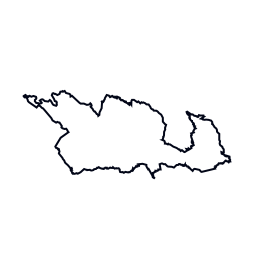 Naolinco, Veracruz, Mexico, rotated 324°
{"feature_id": "50627088B47546840295566", "entity_name": "Naolinco", "entity_type": "district", "adm_level": 2, "iso_a3": "MEX", "parent_name": "Mexico", "parent_adm1": "Veracruz", "projection": "equal_earth", "projection_center": [-96.831, 19.639], "detail": "fine", "context": "isolated", "style": "outline", "palette": "ink", "viewbox_px": 256, "rotation_deg": 324, "n_neighbors": 0, "source": "geoboundaries", "source_scale": "gbopen_adm2", "svg_char_len": 5881}
<svg xmlns="http://www.w3.org/2000/svg" viewBox="0 0 256 256"><g transform="rotate(324 128 128)"><path d="M101.6,69.1L100.0,68.8L101.0,67.0L100.6,65.9L98.4,63.2L98.5,60.8L97.0,60.5L96.8,59.8L96.0,59.9L95.5,59.3L94.6,58.9L92.6,60.2L90.2,59.8L89.3,57.7L88.8,57.5L88.1,56.0L87.3,55.7L85.6,56.7L85.2,61.2L84.6,63.2L85.6,64.4L85.5,65.3L85.2,65.4L84.0,67.5L82.9,67.8L81.3,65.6L81.1,64.7L81.5,60.6L81.2,59.4L79.0,59.7L76.4,57.2L76.0,55.1L75.4,54.3L74.0,53.9L72.8,54.0L73.1,56.8L72.7,57.1L70.9,56.5L70.2,55.3L68.5,53.8L68.4,51.6L69.2,50.6L70.8,50.4L71.5,49.9L71.9,48.7L70.3,46.5L68.2,45.9L67.3,44.1L66.2,43.8L65.8,44.3L65.3,44.2L64.9,43.9L65.0,42.9L64.3,42.6L64.6,41.4L64.5,41.0L62.4,40.8L62.2,41.1L62.4,42.5L63.3,43.0L63.8,44.3L63.5,45.9L62.9,47.4L63.0,48.8L66.1,57.7L69.3,56.8L69.2,57.7L69.9,58.8L70.1,60.9L70.8,62.2L71.0,64.3L71.8,74.9L71.4,77.5L73.0,81.4L74.4,81.5L75.1,82.8L75.8,83.3L75.6,87.5L74.5,88.4L74.8,89.7L76.1,91.5L77.6,92.3L77.6,94.0L77.3,95.5L77.4,96.4L67.8,96.3L58.3,100.3L58.1,101.7L58.8,102.4L58.9,104.3L59.6,104.1L59.7,104.3L58.7,106.8L57.2,107.8L57.1,108.3L57.4,113.7L57.1,114.6L57.3,116.8L56.8,118.7L56.8,119.6L57.5,122.7L57.8,126.4L57.6,127.0L58.9,127.2L58.7,128.0L57.6,128.2L57.8,129.1L56.8,129.0L56.8,131.3L56.4,131.5L56.4,132.3L57.0,132.4L56.9,132.9L57.9,133.7L60.0,134.4L60.2,135.2L60.7,135.5L63.7,135.9L68.4,135.4L69.5,137.1L70.1,137.5L70.1,138.0L72.6,139.4L72.8,140.2L73.7,141.1L75.4,141.7L76.4,141.4L78.0,142.3L79.7,142.0L80.0,142.5L81.3,142.5L81.8,143.9L83.1,145.7L84.2,146.3L84.0,146.6L84.3,146.9L86.3,146.7L87.5,147.7L87.0,148.3L88.1,149.3L90.3,149.5L90.6,150.1L92.1,151.3L92.8,150.9L93.3,153.0L94.9,153.6L95.1,154.1L96.8,155.1L96.9,156.7L96.4,157.2L95.8,159.0L97.1,160.2L97.9,160.5L98.1,161.6L98.7,161.9L100.0,161.9L102.1,164.1L102.9,164.2L103.4,164.8L105.6,164.5L106.1,165.2L107.0,165.3L107.4,165.0L107.3,164.3L108.3,163.5L108.3,164.4L108.6,164.6L109.4,164.2L111.1,164.2L111.7,163.7L112.2,164.4L112.9,164.7L113.4,163.9L114.7,165.1L115.3,164.5L115.2,163.5L118.7,165.5L121.2,168.6L120.4,169.7L120.2,170.9L120.0,173.3L120.6,173.3L119.7,181.0L119.1,182.4L120.0,184.6L119.9,181.9L120.6,181.1L120.4,180.7L120.6,179.8L121.4,179.7L121.8,179.0L122.5,179.4L123.6,179.1L124.5,179.6L125.1,178.7L126.7,180.0L127.8,180.0L128.1,179.4L130.0,180.7L132.3,175.9L134.4,176.5L134.9,176.9L135.6,178.3L136.9,179.1L137.4,182.2L137.9,182.9L140.6,185.1L141.9,187.0L145.5,186.5L147.2,187.5L147.9,187.1L148.8,187.6L149.3,189.1L150.1,189.4L150.4,190.3L150.8,190.4L150.8,190.6L150.3,190.9L150.7,191.4L151.2,191.6L152.7,191.0L152.1,192.0L153.2,192.4L153.2,194.1L154.1,194.6L154.2,195.4L153.8,195.9L154.4,196.4L154.4,197.6L155.1,200.7L156.9,200.0L157.9,200.2L161.2,203.9L161.4,206.2L161.8,206.8L174.6,212.1L174.7,211.3L175.1,210.7L176.0,211.1L176.3,210.4L176.9,210.9L177.7,210.3L179.6,210.7L180.0,210.1L180.7,209.9L181.6,210.7L182.1,210.8L182.4,211.5L183.4,211.6L183.5,212.4L184.4,212.6L184.6,212.3L187.8,211.7L188.0,211.8L188.1,212.7L188.9,213.4L189.3,215.0L190.3,214.7L191.1,215.2L191.5,214.2L191.0,213.8L192.0,213.5L192.0,211.7L192.7,211.8L193.3,210.8L191.5,208.4L191.0,208.9L190.4,208.2L190.5,207.3L190.0,207.1L190.1,206.3L189.8,205.7L190.1,205.0L189.9,204.1L189.0,204.4L188.7,203.9L188.9,203.3L189.4,202.4L190.1,203.5L191.3,203.9L192.9,201.5L192.9,199.2L193.3,198.5L192.5,196.2L192.9,194.6L194.7,192.7L194.8,191.3L198.4,186.4L197.9,184.1L197.9,183.3L198.9,181.6L199.1,180.3L198.5,178.0L198.7,177.3L198.6,176.0L198.9,175.0L198.4,174.2L199.6,172.8L199.6,170.9L197.9,168.7L196.1,167.1L194.8,166.4L193.7,165.3L193.9,164.9L192.6,163.4L196.3,163.5L195.9,162.8L196.3,162.2L193.9,160.5L193.0,159.3L191.6,160.2L191.2,159.4L190.6,158.9L190.4,159.2L189.7,157.8L188.8,157.1L188.3,155.0L187.4,154.5L187.0,153.6L186.6,153.7L186.4,152.8L186.6,152.7L185.5,149.6L184.8,149.5L184.3,151.1L184.4,152.6L184.8,153.3L184.8,154.6L184.3,155.1L184.4,155.4L183.8,155.7L183.9,156.5L183.7,156.8L183.4,156.6L183.3,157.1L183.5,159.5L183.9,159.9L183.6,160.3L183.4,161.1L183.8,162.5L183.3,162.9L183.8,163.1L183.7,163.7L182.6,164.7L183.2,165.9L182.3,166.1L182.5,168.1L182.2,168.0L182.1,166.9L181.6,167.8L178.8,169.0L178.7,170.3L175.9,169.5L175.6,171.1L174.6,171.1L173.9,172.4L172.7,176.3L172.6,176.0L172.0,176.0L171.0,177.3L171.0,177.8L171.5,178.5L171.1,180.5L169.8,180.4L169.9,180.1L168.9,179.7L168.2,179.8L167.6,181.5L165.4,181.4L165.0,180.1L164.7,180.4L164.6,181.3L163.8,181.2L163.6,180.0L163.0,179.4L162.9,181.0L159.7,180.8L159.3,180.3L158.6,177.6L157.1,177.6L157.1,175.7L156.6,175.6L155.6,172.7L153.7,169.7L152.4,166.0L151.4,165.2L151.3,164.6L150.9,164.8L150.4,164.5L149.9,163.3L148.8,162.4L149.2,162.1L149.1,161.6L149.8,160.4L149.8,159.6L148.8,157.9L149.3,158.1L150.2,156.8L151.0,156.5L151.4,155.8L151.7,155.9L152.8,155.1L155.0,152.3L157.2,151.1L158.0,149.7L160.7,147.8L160.2,146.5L159.9,143.4L162.2,140.2L162.7,136.7L161.8,134.0L161.7,132.3L161.2,130.8L159.0,129.0L159.1,127.7L158.4,126.8L158.1,125.5L158.5,123.9L158.5,121.1L156.8,119.7L156.5,118.2L155.4,116.3L154.4,116.0L154.0,115.1L152.4,115.3L152.0,112.6L150.6,112.5L149.4,108.8L147.8,107.6L146.6,108.2L144.6,110.8L144.7,109.9L144.3,108.8L143.8,108.5L143.4,109.0L143.8,110.0L142.8,110.3L142.2,108.5L142.4,108.0L141.4,106.4L141.8,105.6L141.2,105.3L141.5,105.0L140.9,104.2L140.5,104.4L140.1,103.4L140.2,102.4L139.1,101.1L138.7,101.3L138.4,99.4L139.1,99.0L139.1,98.7L137.6,96.2L137.1,96.5L137.1,97.2L136.4,97.6L136.2,97.3L136.1,95.2L135.9,95.0L135.1,95.5L134.3,94.4L134.4,93.3L134.1,92.7L133.0,92.7L132.4,92.2L132.0,92.6L131.6,92.5L131.6,90.6L130.2,88.8L126.8,90.3L125.9,91.2L124.9,91.4L124.3,92.0L123.2,92.4L122.7,91.2L122.3,91.2L122.1,92.0L118.3,96.5L114.1,98.7L112.5,100.6L111.1,100.7L111.4,100.0L111.2,98.6L110.9,98.3L111.0,95.4L110.5,95.0L110.3,93.3L110.6,91.7L110.2,89.0L110.4,88.6L111.7,88.6L112.2,87.1L112.0,85.9L111.2,86.2L110.0,86.0L108.3,85.1L106.7,82.4L104.0,80.4L103.5,78.9L101.6,69.1Z" fill="none" stroke="#020617" stroke-width="2"/></g></svg>